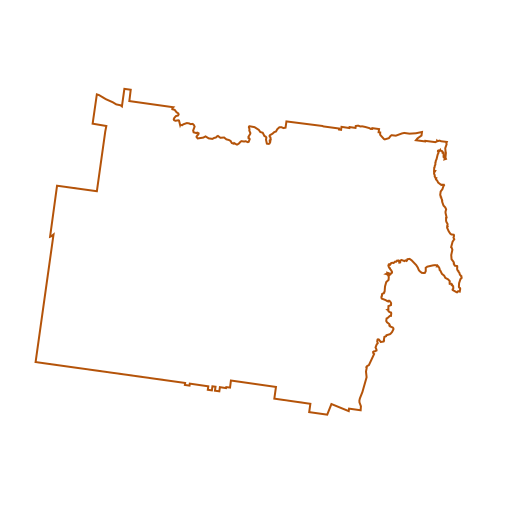 Murray, Western Australia, Australia, rotated 188°
{"feature_id": "25037944B25972327200509", "entity_name": "Murray", "entity_type": "district", "adm_level": 2, "iso_a3": "AUS", "parent_name": "Australia", "parent_adm1": "Western Australia", "projection": "mercator", "projection_center": [115.802, -32.624], "detail": "fine", "context": "isolated", "style": "outline", "palette": "amber", "viewbox_px": 512, "rotation_deg": 188, "n_neighbors": 0, "source": "geoboundaries", "source_scale": "gbopen_adm2", "svg_char_len": 5984}
<svg xmlns="http://www.w3.org/2000/svg" viewBox="0 0 512 512"><g transform="rotate(188 256 256)"><path d="M459.5,249.1L459.5,120.3L308.5,120.4L308.5,118.4L303.8,118.4L303.8,120.4L285.1,120.3L285.1,116.8L281.0,116.8L281.0,120.9L277.9,120.9L277.9,116.9L273.5,116.9L273.5,121.1L267.3,121.0L267.2,122.0L263.4,122.1L263.5,129.2L218.0,129.1L218.0,117.3L181.6,117.2L181.6,108.8L163.4,108.8L160.7,119.9L142.6,115.3L142.6,117.8L130.9,117.8L131.2,121.8L133.2,125.5L133.5,127.4L133.3,129.5L131.7,136.1L129.6,151.3L131.0,156.9L130.8,160.9L131.3,161.3L130.8,162.3L129.0,163.7L125.4,175.4L126.3,176.1L126.7,177.2L125.9,178.0L125.1,178.1L123.5,179.2L123.7,180.1L124.9,182.1L124.2,185.2L123.3,186.6L124.1,188.3L124.0,190.2L123.6,190.5L122.7,190.4L120.5,188.2L117.7,189.1L117.4,189.9L117.7,191.1L117.6,193.8L116.0,194.7L115.8,195.7L112.5,197.2L111.9,197.8L110.7,199.6L109.7,202.6L109.9,203.5L110.6,204.2L113.3,204.9L114.1,205.4L114.5,206.3L113.5,205.4L114.6,207.2L117.1,208.6L118.0,209.8L118.0,212.3L116.9,213.1L115.1,215.3L114.0,215.5L114.1,218.1L114.4,218.8L115.7,219.0L116.8,219.5L117.2,219.9L117.3,220.7L118.3,221.1L117.5,221.6L117.9,224.8L115.5,226.2L115.6,227.9L116.0,228.7L117.6,230.2L118.6,230.1L118.8,229.4L119.8,229.6L121.6,230.4L125.5,231.3L126.0,232.1L126.1,233.5L125.7,234.0L125.9,235.8L125.3,236.4L124.3,236.8L123.9,237.5L124.1,237.9L123.7,238.9L124.0,243.8L123.4,248.3L121.4,250.8L121.6,253.7L122.4,255.3L122.9,255.6L122.4,255.8L122.2,256.2L122.9,256.1L123.7,256.7L123.7,256.3L123.7,256.2L124.7,256.3L123.7,257.0L123.7,257.4L123.4,257.2L123.0,257.6L122.6,257.5L123.3,257.0L122.7,257.2L122.4,256.7L120.9,256.7L121.0,257.0L121.4,257.0L120.8,257.2L120.7,256.3L119.0,258.4L119.1,259.2L120.1,260.6L121.5,261.9L121.6,262.5L122.4,262.8L123.1,263.9L123.6,265.0L123.4,265.8L122.2,265.8L122.0,266.4L122.3,266.6L121.5,266.9L121.1,267.9L119.8,268.3L118.8,268.2L117.5,269.8L116.5,269.8L115.7,271.0L115.3,270.9L114.6,271.4L113.9,271.0L113.7,270.5L113.4,270.5L113.1,269.4L112.6,269.6L112.7,269.9L112.4,270.2L112.9,270.7L112.9,271.3L111.3,272.3L108.2,271.6L107.5,272.4L106.8,272.5L106.2,272.1L105.8,272.6L105.6,273.9L103.5,274.5L101.3,273.4L96.1,269.3L94.2,267.1L92.8,264.7L91.7,263.7L89.5,262.4L87.3,262.5L86.4,262.8L85.8,264.7L86.3,267.9L84.9,269.3L79.3,271.4L77.3,271.9L75.9,271.8L75.4,272.1L74.6,271.4L74.9,270.9L74.0,271.0L73.7,270.7L72.6,269.3L72.2,267.7L71.5,267.3L69.4,264.2L66.9,262.7L65.5,260.7L62.5,259.6L60.6,258.0L60.6,256.6L60.3,255.4L58.7,255.7L57.9,255.1L58.1,254.4L56.6,253.6L56.1,251.6L56.3,250.9L56.7,250.3L56.5,249.7L52.2,248.0L51.8,248.0L50.9,249.3L49.3,249.1L49.2,251.9L49.6,252.7L50.5,253.1L50.8,253.7L51.1,257.4L50.3,261.7L49.4,262.6L49.4,263.4L49.9,264.1L49.8,264.6L51.5,265.9L52.3,267.7L53.4,268.7L53.5,269.3L54.3,269.7L55.0,271.0L55.2,272.4L55.1,272.9L55.4,274.0L57.8,274.1L59.1,275.8L58.9,276.4L59.6,277.7L61.9,280.0L62.8,284.1L62.4,289.5L63.5,291.6L64.0,291.9L63.3,297.6L62.0,300.2L63.0,301.7L62.7,303.3L62.9,304.3L63.2,304.6L65.5,304.5L66.6,305.1L66.5,304.9L68.6,307.3L70.7,310.6L70.7,311.1L70.3,311.8L70.9,312.3L70.6,313.4L70.8,314.4L72.3,316.4L72.7,317.5L73.1,320.3L72.6,320.6L74.3,325.0L74.5,326.2L74.2,328.7L75.4,330.5L77.3,332.0L77.9,333.1L79.3,335.8L79.2,336.5L79.6,337.0L79.7,337.8L80.5,338.8L80.7,339.8L81.4,340.3L81.3,340.8L82.1,342.1L82.1,345.6L80.7,348.1L80.1,351.3L79.6,352.3L79.9,352.7L80.7,352.5L80.4,352.9L81.2,352.4L83.1,352.5L85.9,354.1L86.7,355.4L87.7,356.3L88.5,357.8L88.4,358.2L88.6,358.2L88.6,357.8L88.0,356.5L88.5,357.0L89.0,358.2L90.1,359.6L90.3,361.0L91.1,362.2L91.3,363.9L90.7,364.3L90.4,365.1L91.5,365.0L91.8,368.3L91.5,368.8L91.5,370.4L91.1,371.4L91.4,373.7L91.1,374.1L91.2,375.3L90.7,376.9L90.2,381.9L89.7,383.3L89.8,384.3L90.4,384.9L90.4,385.6L89.7,386.0L88.9,385.6L88.3,386.7L87.9,386.0L86.2,385.7L85.6,384.2L84.8,384.5L84.5,384.0L84.2,381.4L83.8,381.8L83.0,380.8L83.4,379.6L82.5,379.0L82.7,378.0L81.4,378.6L82.1,379.8L82.3,384.5L82.9,386.1L83.6,389.1L82.8,393.2L83.2,394.3L82.9,395.5L88.7,395.4L90.3,395.8L92.1,395.0L92.7,395.4L92.7,394.8L94.2,393.7L104.4,393.6L104.4,393.0L113.7,392.9L112.5,394.9L108.9,398.3L108.9,401.9L114.7,399.8L121.0,398.5L126.3,398.5L128.5,397.7L134.3,394.6L138.5,394.5L139.4,393.7L140.8,391.2L144.7,389.4L145.5,389.6L149.7,393.1L150.0,393.7L150.2,395.6L151.8,395.6L151.8,398.8L158.6,398.8L158.6,398.0L160.2,397.8L161.4,398.4L165.8,399.0L168.9,399.2L170.6,398.8L173.0,399.3L175.3,398.6L175.3,396.7L181.3,396.7L181.3,395.7L189.3,395.8L189.3,392.8L191.4,392.8L191.5,393.8L207.4,393.7L208.2,394.0L244.6,393.5L244.6,387.2L246.6,386.5L248.8,387.1L250.8,386.7L252.6,384.5L253.5,382.1L255.2,381.2L256.7,379.4L259.0,377.6L259.3,377.0L259.1,376.2L258.3,375.6L257.9,374.6L258.0,373.8L257.6,373.2L258.5,372.4L258.3,371.4L257.8,371.3L257.8,370.5L258.4,369.1L259.4,368.7L260.9,368.8L262.3,372.6L262.2,374.6L262.5,375.1L263.3,375.7L264.3,375.9L266.5,379.0L269.0,379.4L270.8,381.3L275.4,383.4L280.5,383.6L280.9,383.3L281.0,382.6L280.1,380.7L280.1,379.3L278.7,377.0L278.7,376.2L280.1,372.9L279.8,371.7L279.2,371.7L278.5,370.9L279.1,368.1L279.9,367.6L282.2,368.2L283.7,367.7L286.4,367.7L287.3,366.9L288.6,365.0L290.0,363.8L290.7,363.7L293.4,364.8L293.7,364.1L295.7,364.5L297.2,366.4L299.0,367.1L301.6,367.4L304.1,368.9L307.7,368.1L310.4,369.6L311.4,368.9L311.6,368.4L312.3,367.7L313.9,367.1L315.5,365.9L319.2,365.9L322.6,367.4L324.7,365.9L330.1,364.3L331.4,365.5L331.5,366.1L330.0,368.5L329.9,369.5L331.1,370.0L331.6,369.9L332.0,369.4L335.0,369.8L335.7,371.5L334.8,375.6L335.7,377.0L337.1,378.0L339.2,377.5L340.7,378.0L343.0,378.0L346.3,376.3L347.4,375.2L349.2,375.4L349.3,375.0L351.1,379.4L351.7,379.6L354.6,378.7L356.0,379.1L356.5,380.0L356.1,381.4L354.8,383.4L352.7,384.3L352.3,385.4L352.8,386.4L354.7,387.3L356.9,389.4L359.3,389.7L359.4,390.9L358.7,391.8L403.0,391.8L403.2,403.2L409.6,403.2L409.6,385.5L411.1,386.4L415.5,386.7L419.2,388.3L426.5,390.4L433.9,393.5L436.1,393.9L436.2,364.3L422.3,363.9L422.6,358.5L422.6,298.0L462.8,297.9L462.6,246.4L461.4,247.1L459.5,249.1Z" fill="none" stroke="#b45309" stroke-width="2"/></g></svg>